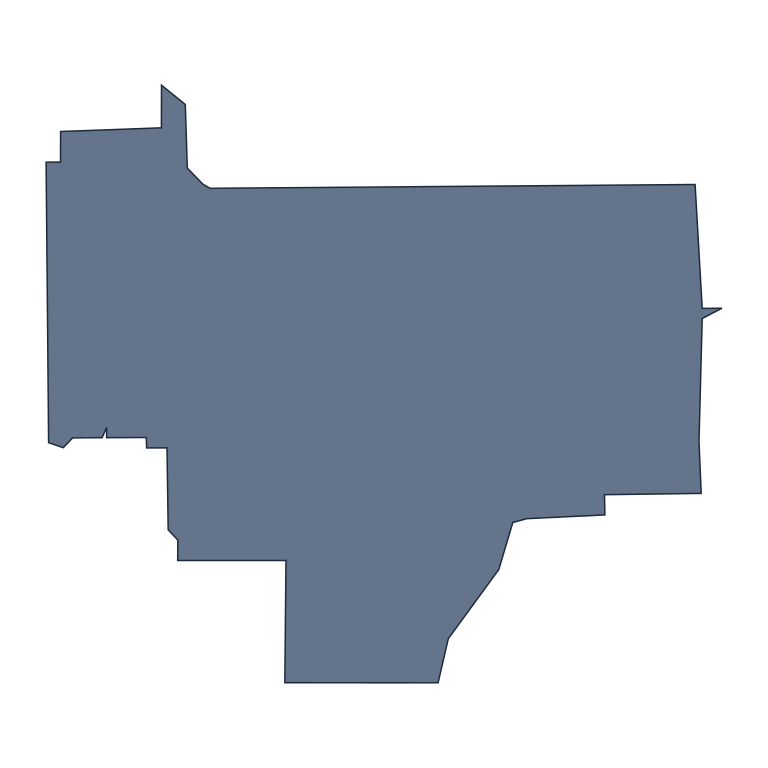 outline of Bullock, Alabama, United States of America
{"feature_id": "52423323B93681408672805", "entity_name": "Bullock", "entity_type": "district", "adm_level": 2, "iso_a3": "USA", "parent_name": "United States of America", "parent_adm1": "Alabama", "projection": "natural_earth1", "projection_center": [-85.782, 32.093], "detail": "fine", "context": "isolated", "style": "filled", "palette": "slate", "viewbox_px": 768, "rotation_deg": 0, "n_neighbors": 0, "source": "geoboundaries", "source_scale": "gbopen_adm2", "svg_char_len": 592}
<svg xmlns="http://www.w3.org/2000/svg" viewBox="0 0 768 768"><path d="M137.7,128.7L60.6,131.5L60.5,162.0L46.1,162.2L47.5,315.3L48.6,442.7L63.3,447.7L72.6,437.9L102.1,437.7L106.6,427.4L106.6,437.7L146.3,437.5L146.6,447.9L167.0,447.9L168.2,529.8L177.8,540.0L177.7,560.5L286.0,560.5L284.8,682.7L438.1,682.8L448.3,638.7L498.8,569.5L512.8,522.5L526.6,518.7L604.9,514.9L604.5,494.7L701.2,493.4L699.0,441.4L702.2,318.5L721.9,308.2L702.2,308.4L695.1,184.5L210.1,188.3L202.8,184.1L187.3,168.1L185.3,104.5L161.5,85.2L161.4,127.8L137.7,128.7Z" fill="#64748b" stroke="#1e293b" stroke-width="1.5"/></svg>